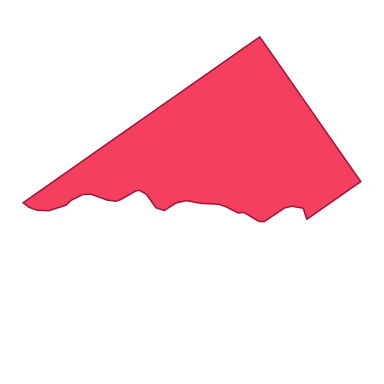 Gregory, South Dakota, United States of America (Natural Earth projection), rotated 145°
{"feature_id": "52423323B73461456201611", "entity_name": "Gregory", "entity_type": "district", "adm_level": 2, "iso_a3": "USA", "parent_name": "United States of America", "parent_adm1": "South Dakota", "projection": "natural_earth1", "projection_center": [-99.031, 43.249], "detail": "fine", "context": "isolated", "style": "filled", "palette": "rose", "viewbox_px": 384, "rotation_deg": 145, "n_neighbors": 0, "source": "geoboundaries", "source_scale": "gbopen_adm2", "svg_char_len": 951}
<svg xmlns="http://www.w3.org/2000/svg" viewBox="0 0 384 384"><g transform="rotate(145 192 192)"><path d="M47.8,103.7L47.5,280.2L58.6,280.2L59.6,280.2L64.2,280.2L65.0,280.3L86.2,280.2L92.1,280.2L93.0,280.2L93.7,280.2L99.7,280.2L116.2,280.2L123.3,280.2L125.6,280.2L131.1,280.2L142.1,280.2L151.5,280.1L154.4,280.1L157.8,280.1L158.6,280.2L173.7,280.2L174.2,280.1L190.3,280.2L196.4,280.2L207.1,280.2L219.1,280.2L223.6,280.2L224.5,280.2L245.7,280.2L252.0,280.2L262.3,280.1L268.4,280.1L289.8,280.1L290.4,280.1L316.8,280.1L317.9,280.1L336.5,280.1L334.2,272.8L329.1,265.7L320.0,258.8L302.9,253.5L295.5,254.5L282.9,252.6L276.1,248.3L266.1,234.0L259.7,228.2L255.0,226.7L237.4,225.1L234.0,223.4L230.7,216.2L230.6,199.8L225.3,192.7L211.7,192.2L201.8,188.4L190.9,177.3L177.2,166.7L172.5,160.2L166.2,148.3L161.3,145.6L154.0,129.4L150.0,126.4L125.3,125.8L118.4,123.1L110.2,114.9L113.6,103.8L47.8,103.7Z" fill="#f43f5e" stroke="#9f1239" stroke-width="1.5"/></g></svg>